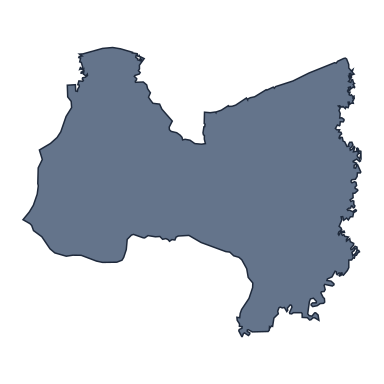 Aceh Utara, Aceh, Indonesia (Natural Earth projection)
{"feature_id": "22746128B43339434023645", "entity_name": "Aceh Utara", "entity_type": "district", "adm_level": 2, "iso_a3": "IDN", "parent_name": "Indonesia", "parent_adm1": "Aceh", "projection": "natural_earth1", "projection_center": [97.205, 4.994], "detail": "fine", "context": "isolated", "style": "filled", "palette": "slate", "viewbox_px": 384, "rotation_deg": 0, "n_neighbors": 0, "source": "geoboundaries", "source_scale": "gbopen_adm2", "svg_char_len": 5932}
<svg xmlns="http://www.w3.org/2000/svg" viewBox="0 0 384 384"><path d="M346.6,59.0L345.3,58.1L343.6,58.5L337.6,61.3L336.2,63.1L334.6,62.7L309.0,73.0L292.9,81.0L275.6,86.6L274.3,88.2L273.3,87.1L266.8,90.1L266.2,89.7L254.6,96.8L250.3,97.7L247.7,99.0L247.6,99.8L246.4,98.0L235.7,105.1L232.1,106.3L227.9,106.4L228.9,105.3L221.3,110.2L216.0,112.0L215.9,112.7L215.3,112.0L210.3,112.7L204.5,112.2L204.2,123.5L205.1,124.2L204.7,126.7L203.9,126.8L203.0,132.8L203.4,134.8L204.4,135.5L204.3,139.1L205.4,143.6L201.6,144.2L194.8,143.6L190.0,140.2L185.1,139.3L182.6,139.9L182.0,137.3L180.2,135.2L176.7,132.7L171.2,131.4L169.4,129.7L169.2,127.1L172.3,121.1L161.9,109.2L159.6,104.1L152.9,103.3L150.4,100.0L148.5,97.2L150.4,92.8L147.6,88.7L146.7,84.9L143.3,82.0L135.5,82.3L135.3,81.2L136.5,79.9L136.7,78.6L134.3,76.4L134.9,75.5L139.3,74.0L140.2,72.5L138.4,70.7L139.5,68.9L139.4,65.2L144.2,58.6L139.1,56.1L139.2,54.6L138.9,56.4L141.0,57.4L140.0,59.1L141.4,59.6L140.8,60.9L137.6,59.8L137.8,58.8L135.7,57.3L136.1,55.5L137.4,56.0L137.2,53.7L132.3,52.9L132.5,52.3L120.5,48.8L112.7,47.5L102.6,48.4L82.9,53.9L79.5,54.1L82.1,56.0L79.2,56.5L78.8,57.6L80.6,58.1L79.7,61.9L81.3,62.4L82.8,67.5L82.0,68.8L80.4,67.6L79.7,69.4L81.1,68.9L82.7,69.8L83.7,69.0L83.5,71.3L81.3,72.0L81.0,73.1L81.8,73.3L83.8,71.8L83.4,74.1L86.0,75.9L87.3,74.2L87.5,75.5L85.4,77.2L82.6,77.8L82.3,79.0L83.4,80.3L82.7,81.3L78.9,80.9L77.8,84.7L79.1,85.0L79.3,86.5L77.7,89.2L77.4,91.4L75.7,91.0L75.4,84.7L67.3,85.2L67.7,96.9L71.2,101.4L71.6,107.6L66.1,116.4L60.8,131.8L57.1,137.5L50.4,143.5L39.4,150.0L42.3,159.5L38.2,167.9L37.8,183.6L38.3,185.9L37.2,194.2L33.4,205.2L29.3,212.0L23.0,219.7L30.0,223.7L31.7,225.5L33.5,230.6L41.8,236.7L50.0,248.8L54.8,252.9L66.3,256.2L72.8,255.2L81.2,255.3L96.5,261.1L102.6,262.4L116.8,262.2L122.0,260.2L123.7,257.4L126.3,249.5L127.2,239.4L131.4,235.1L133.5,234.4L143.2,237.8L144.7,237.9L148.0,235.6L155.4,236.8L159.9,236.5L162.6,239.3L165.9,238.6L168.2,239.7L169.5,241.3L171.9,239.6L174.9,240.0L176.1,237.1L178.3,236.0L188.9,235.4L201.1,242.5L225.8,251.6L229.8,252.1L233.7,255.8L238.9,257.3L241.8,259.8L246.7,268.7L248.2,277.4L252.8,283.0L252.6,287.7L249.0,298.4L241.6,309.5L240.2,313.4L239.7,317.7L236.9,317.3L237.2,320.3L239.5,323.9L239.4,326.3L242.1,326.6L241.9,328.3L239.2,329.5L238.8,330.9L241.7,336.5L242.3,336.5L243.4,333.6L244.5,332.9L248.4,335.5L249.6,334.3L249.9,333.0L247.2,331.4L247.3,330.0L248.3,329.7L252.3,331.9L268.1,331.5L269.3,330.1L269.5,326.9L270.2,327.7L271.4,326.0L272.6,326.4L273.9,318.1L278.3,313.8L277.7,311.2L279.0,307.7L280.3,307.1L282.2,307.9L284.4,307.5L286.8,311.6L287.7,310.4L287.4,308.1L290.2,304.9L291.4,305.3L292.0,307.1L289.5,312.6L289.8,313.6L291.7,313.9L293.4,312.7L301.3,312.7L302.1,313.5L302.2,317.4L307.4,317.7L309.6,320.0L311.0,319.7L312.9,317.8L314.7,317.8L318.9,320.3L318.1,315.0L315.7,312.8L314.6,312.9L312.0,316.1L309.2,315.7L307.7,313.8L309.4,301.6L310.5,298.9L313.5,298.2L316.4,301.4L316.3,302.8L312.6,302.9L311.1,304.2L311.2,305.2L312.7,306.6L317.2,305.7L320.2,303.6L323.6,303.3L324.7,302.1L324.4,298.5L323.1,297.3L320.9,292.9L321.4,291.8L324.1,291.5L325.2,289.6L324.1,285.3L324.8,284.4L332.3,286.0L334.0,284.8L333.9,283.7L331.0,281.1L326.9,280.5L327.4,278.9L332.0,276.9L335.1,271.2L336.4,271.9L336.4,273.8L337.2,274.7L338.9,273.0L340.0,273.0L340.2,274.3L339.1,275.4L339.5,276.0L341.0,275.4L341.8,272.3L342.3,274.7L343.4,275.2L347.3,270.6L348.8,267.6L348.8,260.1L351.6,260.0L353.0,257.9L354.3,258.2L355.1,255.4L356.5,255.2L357.8,252.9L359.5,251.8L358.7,250.4L357.0,250.2L355.6,253.3L352.7,255.7L352.0,252.3L354.1,250.7L354.9,248.8L357.1,249.0L357.0,247.1L355.1,246.3L352.2,249.4L351.0,249.6L350.7,248.4L353.5,245.1L353.7,243.4L350.3,241.7L349.7,238.7L346.5,241.1L346.4,239.6L348.4,237.0L344.7,236.3L343.9,234.6L342.4,235.3L341.7,234.2L341.8,232.5L344.5,232.4L344.1,231.1L341.1,231.6L338.9,235.1L338.2,234.0L338.7,232.1L341.7,229.7L341.0,227.9L339.1,226.3L341.8,219.9L341.1,216.8L342.7,216.6L343.7,220.3L346.6,218.1L348.3,220.0L350.4,216.8L352.8,216.7L353.6,212.7L356.1,211.2L356.4,210.3L355.4,209.6L352.6,211.7L349.5,210.1L347.9,210.5L347.2,209.5L348.7,208.2L350.6,208.1L351.4,205.9L352.3,206.1L353.3,207.9L354.3,207.5L354.9,205.9L353.8,204.5L353.8,201.1L352.7,200.6L350.9,201.5L350.0,199.9L353.1,197.7L352.9,193.3L354.9,193.2L357.8,190.5L357.5,189.5L355.2,188.5L355.0,187.2L356.6,185.5L356.0,182.4L354.6,181.7L352.0,182.8L351.1,181.9L351.1,180.8L352.0,179.7L355.4,179.3L357.1,176.5L357.4,172.9L360.3,172.9L360.8,172.0L357.6,164.8L357.0,164.8L355.6,168.2L354.0,167.8L354.2,165.3L356.5,164.0L356.6,163.2L353.1,161.8L353.2,161.1L356.7,159.1L359.6,161.6L360.5,160.9L359.4,158.2L357.5,156.8L357.2,155.2L358.7,153.4L360.1,153.2L360.8,153.9L360.2,156.8L361.0,158.0L360.9,151.3L359.7,150.9L358.2,152.0L358.5,149.3L357.6,148.1L356.7,148.4L356.9,151.3L353.4,151.8L354.8,147.3L354.0,146.4L352.4,149.1L350.3,150.2L350.0,148.3L351.8,146.8L352.9,144.7L351.9,142.2L349.7,142.3L348.4,144.8L348.8,146.3L347.0,146.5L344.7,141.8L343.1,141.1L342.3,137.5L340.8,137.3L339.9,138.7L339.0,138.0L339.8,135.6L341.6,133.9L341.0,132.3L338.6,131.9L339.6,129.8L336.8,129.8L335.4,128.4L337.4,125.0L339.4,125.8L339.9,125.3L340.3,121.7L343.2,121.9L344.0,120.6L344.0,119.4L341.8,117.8L339.7,118.0L340.2,113.4L339.0,110.5L340.2,107.9L338.3,106.0L339.4,105.7L342.0,107.2L343.0,106.5L345.4,108.6L346.0,106.9L348.1,107.7L348.8,105.8L348.1,102.2L349.1,102.0L349.9,104.2L351.6,103.1L353.3,103.3L352.6,101.0L353.7,99.7L353.0,98.3L354.2,98.3L354.0,96.1L352.9,96.7L351.4,94.8L350.3,95.4L349.1,94.7L350.0,92.4L348.5,92.6L347.5,91.0L348.6,89.0L349.2,90.8L349.7,90.6L348.4,87.5L350.3,86.9L350.5,89.1L353.0,87.2L354.4,87.7L354.7,87.1L353.2,84.5L354.5,83.5L353.5,82.8L352.6,79.7L351.5,80.0L350.8,82.4L348.5,81.5L350.0,79.7L348.7,76.2L349.8,76.3L351.0,78.2L351.6,77.2L351.1,75.6L349.3,74.8L349.4,73.7L350.3,73.3L352.0,74.9L354.1,74.1L352.1,72.0L352.9,69.5L351.2,70.9L348.8,68.0L348.7,64.4L346.6,59.0Z" fill="#64748b" stroke="#1e293b" stroke-width="1.5"/></svg>